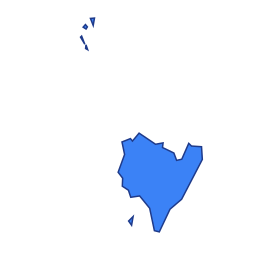 the border of Spain, rotated 113°
{"feature_id": "ESP", "entity_name": "Spain", "entity_type": "country or territory", "adm_level": 0, "iso_a3": "ESP", "parent_name": "Europe", "parent_adm1": "", "projection": "orthographic", "projection_center": [-5.186, 35.705], "detail": "coarse", "context": "isolated", "style": "filled", "palette": "blue", "viewbox_px": 256, "rotation_deg": 113, "n_neighbors": 0, "source": "natural_earth", "source_scale": "50m", "svg_char_len": 713}
<svg xmlns="http://www.w3.org/2000/svg" viewBox="0 0 256 256"><g transform="rotate(113 128 128)"><path d="M172.6,50.8L186.3,57.6L211.4,58.6L212.2,63.6L193.4,76.7L186.0,90.7L190.7,98.4L185.1,103.3L183.8,110.5L176.3,113.3L172.6,119.8L153.7,120.8L143.2,128.1L136.8,121.6L138.3,118.8L128.4,115.8L132.2,96.3L128.0,89.9L132.5,88.6L133.1,76.0L138.8,70.6L135.7,66.3L118.4,66.1L119.8,62.5L116.5,53.0L127.9,47.3L172.6,50.8ZM207.5,88.7L216.1,86.7L213.4,91.1L207.5,88.7ZM47.2,200.1L41.8,205.4L39.9,201.8L47.2,200.1ZM67.8,200.5L62.9,207.2L61.5,206.6L67.8,200.5ZM53.3,205.3L52.7,208.7L49.4,207.6L50.8,204.9L53.3,205.3ZM71.4,198.1L67.8,199.2L71.7,195.7L71.4,198.1Z" fill="#3b82f6" stroke="#1e3a8a" stroke-width="1.5"/></g></svg>